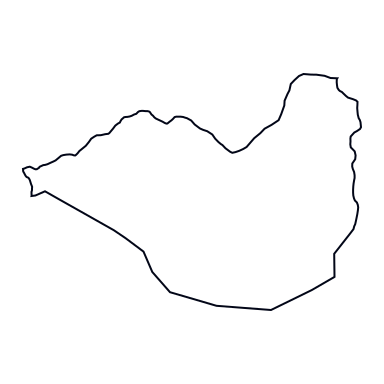 outline of Langchhenphu, Samdrup Jongkhar, Bhutan
{"feature_id": "84629894B84259399341451", "entity_name": "Langchhenphu", "entity_type": "district", "adm_level": 2, "iso_a3": "BTN", "parent_name": "Bhutan", "parent_adm1": "Samdrup Jongkhar", "projection": "natural_earth1", "projection_center": [92.002, 26.919], "detail": "fine", "context": "isolated", "style": "outline", "palette": "ink", "viewbox_px": 384, "rotation_deg": 0, "n_neighbors": 0, "source": "geoboundaries", "source_scale": "gbopen_adm2", "svg_char_len": 2667}
<svg xmlns="http://www.w3.org/2000/svg" viewBox="0 0 384 384"><path d="M337.3,78.3L330.5,78.0L324.6,75.8L316.5,74.7L311.0,74.6L303.5,74.0L299.0,76.0L294.5,80.1L290.8,84.0L289.4,90.4L287.5,94.0L284.6,100.7L284.3,105.5L281.2,114.2L278.6,120.2L271.5,124.9L264.6,128.7L260.3,133.2L254.2,138.2L246.6,147.0L243.2,149.0L239.3,150.8L235.5,152.1L232.3,152.8L230.2,151.8L225.5,148.3L222.4,145.0L220.9,144.1L218.4,142.0L215.2,138.7L212.3,134.5L207.2,131.2L203.2,129.9L200.0,128.5L194.7,124.5L191.2,120.5L187.0,118.2L184.9,117.6L183.2,117.0L180.8,116.7L178.4,116.7L176.1,116.7L174.6,117.1L173.1,118.8L171.5,120.3L169.6,121.7L167.4,123.5L166.4,123.6L164.8,123.0L162.6,121.7L159.6,120.3L157.9,119.5L155.8,118.5L154.3,117.3L153.0,115.7L151.5,114.5L149.8,112.0L149.0,111.5L147.4,111.1L145.3,111.1L143.2,110.9L141.4,110.9L139.3,111.2L137.9,112.1L136.3,113.8L134.1,114.5L131.7,115.8L129.6,116.5L127.3,116.9L125.3,117.0L124.0,117.3L122.7,118.5L121.6,119.4L120.3,121.5L119.9,122.5L117.9,123.6L115.3,125.6L113.0,128.7L109.3,133.1L108.3,133.8L105.1,134.2L100.8,135.2L96.7,135.3L94.2,136.7L91.2,138.7L88.8,142.1L85.8,145.8L80.9,149.8L79.4,151.0L77.6,153.3L76.0,154.9L75.1,155.5L73.7,155.3L72.2,154.7L69.7,154.4L66.4,154.6L63.3,155.1L61.1,155.8L58.5,158.0L55.6,160.4L53.4,161.5L50.7,162.7L47.5,164.2L45.1,164.9L43.3,165.1L39.6,166.8L39.0,167.8L36.8,169.2L35.6,169.3L34.4,168.9L33.6,168.5L31.9,167.6L29.8,166.7L27.0,167.3L24.4,168.5L23.0,168.9L23.1,170.0L23.1,171.0L23.6,172.2L24.3,173.3L24.8,174.4L25.6,175.8L26.3,176.7L26.8,177.1L27.9,177.5L28.6,178.0L29.2,178.9L29.7,179.8L30.1,181.0L30.3,181.6L30.6,182.6L31.1,184.2L31.6,185.4L31.9,186.2L32.1,186.7L32.1,187.3L32.0,188.3L32.0,189.0L32.0,190.0L31.8,191.0L31.5,191.8L31.5,192.8L31.6,195.5L31.5,196.0L35.4,195.5L45.0,191.3L58.0,198.7L113.8,230.2L125.6,238.2L143.5,251.6L152.3,272.0L170.0,292.2L216.5,305.8L271.0,310.0L311.7,290.1L334.5,276.9L334.2,253.8L350.3,233.3L353.5,229.1L354.2,226.3L355.2,224.2L355.8,221.5L356.5,218.2L357.3,214.2L357.9,210.3L358.2,207.4L357.8,204.9L356.9,202.5L354.9,200.5L354.0,198.4L353.3,195.5L353.1,192.7L353.1,189.6L353.3,186.2L353.6,183.4L354.1,180.4L354.6,178.0L354.6,175.2L354.1,172.0L352.8,168.9L352.2,166.5L352.3,163.5L353.8,161.3L355.2,159.2L355.6,155.4L354.7,151.4L352.8,149.4L350.8,147.4L350.3,144.4L350.5,141.3L350.4,138.5L350.7,136.5L352.6,134.4L354.3,132.5L356.9,131.1L360.0,129.0L361.0,127.2L360.8,125.2L360.5,122.2L359.8,120.0L358.7,118.2L357.8,114.7L357.5,111.7L357.2,108.1L357.4,104.9L357.5,101.8L356.0,100.4L352.8,99.1L348.0,97.6L345.9,95.9L343.3,93.4L341.9,92.0L339.9,91.0L338.8,90.0L337.4,87.8L337.0,85.2L336.7,82.2L336.8,79.1L337.3,78.3Z" fill="none" stroke="#020617" stroke-width="2"/></svg>